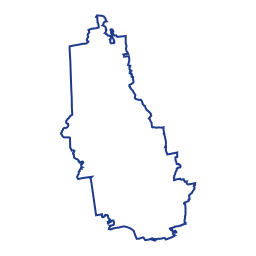 Colonesti, Olt, Romania, rotated 180°
{"feature_id": "2599482B35257867577433", "entity_name": "Colonesti", "entity_type": "district", "adm_level": 2, "iso_a3": "ROU", "parent_name": "Romania", "parent_adm1": "Olt", "projection": "mercator", "projection_center": [24.671, 44.623], "detail": "fine", "context": "isolated", "style": "outline", "palette": "blue", "viewbox_px": 256, "rotation_deg": 180, "n_neighbors": 0, "source": "geoboundaries", "source_scale": "gbopen_adm2", "svg_char_len": 5738}
<svg xmlns="http://www.w3.org/2000/svg" viewBox="0 0 256 256"><g transform="rotate(180 128 128)"><path d="M186.3,209.7L186.4,207.0L185.7,195.4L184.7,165.9L184.3,158.9L184.1,147.4L183.7,141.4L184.2,140.8L185.5,140.4L186.0,139.3L186.5,139.0L186.8,138.4L187.3,137.7L188.3,137.2L188.7,136.2L189.3,135.9L189.7,135.2L189.9,133.7L189.7,133.0L189.0,132.7L188.4,132.1L187.9,132.1L187.7,130.8L188.3,129.2L188.7,128.8L190.3,128.0L190.8,127.9L191.7,128.2L192.9,127.1L193.1,126.1L193.7,125.4L194.2,123.7L194.9,123.0L195.0,122.3L194.0,121.0L193.4,119.7L191.9,118.6L186.6,118.6L186.2,118.3L186.0,118.0L185.8,108.5L185.5,107.8L184.8,106.9L184.4,105.4L182.4,105.7L181.6,105.1L182.2,103.6L183.0,103.0L182.9,102.6L183.0,102.2L182.4,101.9L182.1,101.2L182.1,99.8L181.9,99.1L181.9,98.4L179.6,96.9L178.4,96.6L177.6,95.8L177.5,94.9L176.9,94.8L176.7,93.8L176.1,93.8L176.0,93.3L175.6,93.4L174.9,94.0L174.3,93.8L174.3,94.3L174.2,94.4L173.3,94.4L172.8,93.8L172.9,93.1L173.5,92.9L174.0,91.9L174.9,91.4L174.6,90.2L174.7,89.1L173.7,88.6L174.7,88.2L174.8,87.9L174.6,87.4L175.2,87.5L175.3,87.0L176.1,86.4L176.4,85.7L176.3,84.9L176.9,84.7L177.3,83.9L177.2,82.4L178.4,80.5L178.9,79.0L178.6,78.0L177.8,77.0L173.0,78.0L164.2,79.2L165.6,77.8L165.3,77.6L164.3,71.3L159.9,40.7L154.0,41.7L153.9,39.3L153.7,38.9L153.4,38.8L152.5,38.9L152.1,39.4L151.4,39.6L151.2,40.6L150.6,40.6L150.4,41.1L148.9,41.0L148.6,40.5L148.1,40.4L147.9,38.7L147.1,37.2L146.0,36.6L145.8,36.1L146.3,35.8L146.4,35.2L147.1,34.9L147.3,34.4L148.2,34.2L148.0,33.5L148.0,32.6L147.8,32.3L147.6,32.4L147.4,33.3L146.0,33.7L145.3,34.1L144.5,34.8L144.3,35.3L142.6,35.5L142.0,33.2L142.1,32.4L142.0,31.8L142.4,31.5L142.6,31.0L146.2,30.2L145.7,29.5L147.1,27.9L147.2,27.0L145.5,26.6L144.3,26.7L143.7,27.3L139.7,28.2L138.7,28.4L137.5,28.3L135.0,29.1L131.9,29.6L128.6,28.9L127.5,28.3L125.6,27.6L122.3,25.2L121.2,21.8L119.3,17.2L116.7,17.4L112.9,18.6L112.4,18.3L110.8,15.9L106.6,16.5L106.3,16.8L104.3,17.5L104.3,17.0L103.7,17.3L102.8,17.2L104.2,16.6L104.2,16.4L101.2,15.4L100.8,15.5L100.8,16.0L100.4,16.4L99.1,16.7L98.2,17.2L97.5,17.4L96.5,17.1L95.0,17.3L92.2,18.0L91.3,18.0L90.1,16.5L83.2,19.1L82.0,19.8L82.1,20.3L81.0,20.7L81.3,20.9L82.0,20.8L82.4,21.1L82.8,21.8L83.1,22.9L79.6,23.7L79.6,23.9L80.7,25.2L82.8,24.8L83.6,25.0L84.1,25.6L85.0,25.8L85.3,26.5L85.3,26.8L84.0,27.1L84.1,27.3L85.8,26.9L86.1,27.5L81.4,28.9L81.0,29.4L79.0,29.7L77.9,29.7L77.4,30.0L74.9,30.5L74.7,31.0L73.3,31.2L72.9,31.7L70.4,32.1L70.4,33.1L71.3,33.1L71.5,33.7L71.4,36.3L70.9,38.0L71.1,40.0L70.8,40.2L70.6,40.6L70.5,43.4L70.5,47.8L70.8,51.8L72.0,52.3L72.0,52.6L71.8,53.2L68.1,54.7L67.5,55.1L66.8,56.2L67.2,56.5L66.5,57.1L66.5,58.6L67.0,59.9L66.8,60.6L66.6,61.1L63.9,63.3L63.5,64.5L61.8,66.7L61.9,67.1L61.6,67.6L61.5,68.4L62.0,69.6L61.5,70.2L62.0,70.3L61.7,70.8L61.6,71.4L61.0,71.8L61.1,72.1L61.0,72.3L61.1,72.6L61.0,72.8L68.0,71.5L69.2,72.4L69.5,74.2L69.3,74.5L71.3,74.3L72.3,76.8L74.5,76.3L75.5,76.6L75.7,77.2L76.1,77.2L80.0,76.5L81.5,75.8L81.9,75.8L81.9,77.8L82.1,78.8L81.7,79.2L81.8,79.9L81.7,80.4L80.7,82.2L80.6,83.5L80.1,84.6L79.4,85.5L79.3,87.2L78.5,88.0L78.2,87.8L77.8,88.3L75.9,88.6L75.4,89.2L75.7,90.7L76.6,90.9L77.3,92.0L77.6,92.1L79.0,91.8L79.3,92.0L79.8,94.3L80.4,95.6L80.6,97.7L80.5,98.7L78.8,99.0L78.7,99.3L78.9,102.8L78.8,103.5L88.7,101.5L88.9,102.7L89.4,103.1L89.4,103.6L89.9,104.7L90.3,107.0L89.9,108.2L90.0,109.4L90.8,109.2L90.5,109.9L90.1,110.4L90.2,111.3L90.0,112.8L90.3,115.8L90.8,117.6L91.7,121.7L92.0,122.0L91.7,122.1L92.5,126.3L92.4,128.7L94.0,128.3L97.0,128.6L99.5,128.3L102.5,128.8L103.2,128.6L103.9,128.9L104.3,131.0L104.4,133.1L105.7,135.2L106.1,136.7L107.1,137.4L104.8,140.3L105.1,140.7L105.1,141.3L105.3,142.5L107.3,144.5L109.5,146.2L110.2,147.4L110.5,148.7L111.1,150.1L112.0,150.4L113.2,152.1L113.6,152.9L114.0,154.8L115.1,156.1L115.5,156.3L116.9,156.1L117.8,156.3L120.6,157.2L121.0,157.7L121.1,158.5L120.7,160.4L120.7,161.2L121.3,161.7L121.7,162.8L122.5,163.6L122.9,164.9L125.0,167.1L125.4,168.1L126.1,168.6L126.1,169.4L126.6,169.7L126.5,170.1L126.6,170.9L126.5,171.2L124.9,171.8L122.9,173.3L122.6,173.7L122.5,174.7L122.7,176.1L123.1,176.5L123.1,177.8L122.9,178.4L122.9,178.9L123.5,179.4L124.1,179.3L124.0,179.7L124.4,179.8L124.3,180.6L124.5,181.0L124.2,181.2L124.6,181.6L124.4,181.9L124.8,182.1L125.1,181.9L125.5,182.3L125.3,182.8L126.3,182.9L126.1,184.4L124.6,185.2L124.8,185.5L125.9,186.1L126.6,187.3L126.6,188.6L126.3,189.1L126.2,189.5L125.8,189.5L125.7,190.2L127.4,190.6L128.0,191.0L127.1,193.7L126.8,195.0L126.7,197.0L127.2,199.8L131.9,199.3L132.0,200.6L132.6,201.5L129.8,202.0L127.8,202.1L128.5,203.7L129.4,204.6L130.1,207.2L129.5,210.0L130.3,213.0L130.3,220.0L138.8,219.1L139.8,220.6L141.5,220.4L141.8,220.7L143.4,222.7L143.4,223.9L142.6,224.3L143.1,225.8L144.2,226.8L145.1,226.6L145.5,226.1L145.1,224.8L144.9,223.1L143.7,219.1L143.7,218.4L142.4,216.8L142.1,215.9L142.2,215.1L142.1,214.7L141.8,214.7L141.8,214.3L141.5,213.8L142.1,212.8L144.6,212.9L144.9,212.7L145.2,212.9L145.7,213.7L145.6,214.9L146.2,216.4L145.4,216.7L145.2,218.5L145.4,219.8L146.6,220.3L148.2,220.4L148.9,221.6L150.2,222.0L150.8,222.9L151.1,223.0L150.4,223.6L149.9,225.1L150.0,225.6L150.2,225.9L150.2,226.4L149.8,226.4L150.2,228.3L151.2,229.6L152.1,230.2L153.5,230.6L152.6,231.7L152.4,233.2L151.1,234.4L149.4,234.6L149.9,235.1L150.2,235.9L150.7,237.8L151.5,238.6L152.1,239.5L153.2,239.9L154.9,240.3L158.9,240.6L160.0,239.0L159.8,238.8L158.9,238.7L158.6,238.4L158.7,236.3L158.4,234.9L158.6,233.9L158.0,232.8L157.3,230.1L157.3,228.5L160.6,227.7L164.2,227.3L167.5,226.1L166.7,223.7L166.9,223.2L167.9,222.4L168.3,221.6L168.3,220.8L167.7,219.2L168.1,218.3L168.8,217.6L169.2,216.2L169.2,215.9L168.6,215.0L167.6,214.5L168.0,213.8L169.2,212.8L170.5,212.4L171.5,212.2L171.9,212.4L186.3,209.7Z" fill="none" stroke="#1e3a8a" stroke-width="2"/></g></svg>